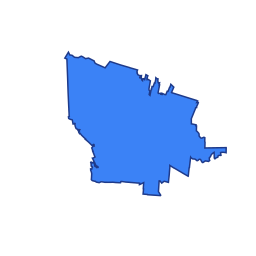 Suseni, Arges, Romania, rotated 127°
{"feature_id": "2599482B85414360920749", "entity_name": "Suseni", "entity_type": "district", "adm_level": 2, "iso_a3": "ROU", "parent_name": "Romania", "parent_adm1": "Arges", "projection": "mercator", "projection_center": [24.957, 44.701], "detail": "fine", "context": "isolated", "style": "filled", "palette": "blue", "viewbox_px": 256, "rotation_deg": 127, "n_neighbors": 0, "source": "geoboundaries", "source_scale": "gbopen_adm2", "svg_char_len": 5227}
<svg xmlns="http://www.w3.org/2000/svg" viewBox="0 0 256 256"><g transform="rotate(127 128 128)"><path d="M106.3,43.8L106.2,43.5L105.6,43.4L105.0,43.3L104.8,43.2L104.3,43.9L104.0,44.2L102.9,45.1L102.5,45.0L102.1,45.0L101.3,44.9L101.2,44.9L101.0,45.0L100.9,45.0L100.6,45.1L99.7,45.3L99.2,45.4L98.8,45.4L98.2,45.3L96.7,45.0L96.3,44.9L96.1,44.8L95.8,44.7L95.6,44.6L99.1,41.8L100.1,41.0L100.3,40.0L99.7,39.9L99.2,39.8L98.8,39.7L98.6,39.5L98.5,39.4L98.3,39.3L98.1,39.2L97.8,39.0L97.1,38.7L96.0,39.3L95.5,39.1L95.3,39.0L94.8,38.6L94.5,37.9L93.9,37.3L92.9,38.3L92.4,38.8L91.9,39.3L91.4,38.9L90.8,38.3L90.7,38.2L90.5,37.8L90.1,37.4L89.6,36.5L89.5,36.3L89.4,36.2L89.2,35.7L88.8,35.1L88.7,34.8L86.2,36.6L84.7,37.7L84.6,37.8L97.7,54.6L92.9,58.0L92.7,58.5L89.5,60.8L89.7,61.8L91.7,63.0L92.2,64.0L91.6,66.4L90.4,67.3L89.7,68.1L89.2,70.4L89.1,71.7L85.1,74.5L85.4,75.2L84.5,75.6L86.5,79.9L82.5,83.0L73.1,85.5L72.0,85.8L71.4,86.1L71.0,86.2L70.4,85.5L69.2,86.2L68.9,86.3L67.5,86.5L66.8,86.7L65.4,87.1L65.4,87.4L65.9,88.0L66.3,88.4L64.5,88.6L64.7,89.8L66.9,95.9L73.5,114.4L73.5,114.6L67.8,116.0L67.3,120.1L70.1,119.0L70.4,119.3L73.5,118.4L74.6,118.1L75.0,118.8L78.6,117.9L79.1,118.6L79.7,121.2L80.6,120.8L81.0,121.4L81.3,122.1L80.3,122.5L81.5,123.8L82.0,124.3L81.9,125.1L74.6,128.7L74.9,129.1L72.9,130.0L73.6,130.6L73.4,130.8L73.6,131.2L72.2,132.7L70.7,133.6L71.2,134.8L71.1,136.0L72.9,134.9L76.0,133.5L76.2,134.0L79.8,132.8L80.4,133.8L82.9,132.5L83.0,132.8L88.7,130.1L88.6,131.2L85.2,132.8L85.1,133.9L84.2,134.8L76.9,138.5L77.0,141.0L77.9,141.9L76.5,142.7L76.6,142.9L74.3,143.6L74.6,145.8L79.2,143.9L78.9,144.9L79.6,145.6L80.1,145.3L80.4,145.5L81.4,144.9L81.3,145.9L80.1,147.2L80.8,148.8L80.5,149.1L79.5,148.7L79.1,148.2L78.0,148.8L79.2,150.2L79.5,152.4L78.5,153.7L78.6,153.9L77.9,154.3L77.8,154.7L75.9,155.3L78.8,162.9L78.8,163.1L82.2,172.1L85.7,182.4L93.7,182.5L95.9,191.8L95.9,192.0L95.9,193.8L94.8,195.4L95.9,201.6L98.2,203.7L98.2,204.3L98.4,207.2L98.8,208.6L101.7,210.0L103.7,213.2L103.6,216.4L104.7,218.5L103.3,221.2L110.2,220.5L109.7,218.3L124.3,206.4L135.7,197.2L147.2,187.7L148.1,186.9L148.9,186.3L149.6,185.7L152.1,183.6L153.3,182.7L154.0,181.9L154.5,182.1L155.0,182.3L155.7,181.4L156.1,181.1L156.0,180.6L155.9,179.6L155.6,178.7L155.1,177.8L155.1,177.4L155.2,177.2L157.9,174.3L157.4,173.7L156.3,173.3L156.3,173.0L156.8,172.9L158.3,171.3L158.8,170.6L159.5,169.5L159.7,168.8L159.7,168.7L159.4,167.8L160.1,166.2L158.8,166.3L158.6,165.9L158.4,165.5L159.8,165.4L159.8,164.9L161.1,164.7L161.7,163.2L161.1,163.0L161.7,160.7L162.1,157.5L162.3,155.3L162.7,155.4L162.8,153.6L163.0,150.9L163.6,146.3L162.0,145.7L161.7,145.5L161.8,145.0L162.1,144.9L162.7,144.2L163.0,144.7L163.3,144.8L164.1,144.9L164.7,144.9L165.3,144.9L165.7,145.0L166.4,143.9L167.6,142.0L167.8,142.2L169.3,139.7L170.7,137.5L171.0,136.9L172.7,137.6L173.5,138.3L174.4,136.5L174.6,136.1L175.2,134.9L175.9,133.4L176.6,132.3L177.3,131.0L177.1,129.6L177.0,129.0L177.0,128.7L177.4,128.3L177.5,128.5L178.0,128.7L178.1,128.8L178.4,129.0L178.5,129.3L178.3,129.7L178.3,130.3L178.4,130.8L178.5,131.5L178.4,131.8L178.2,131.9L177.9,132.2L177.8,132.3L177.6,132.3L177.5,132.2L177.4,132.3L177.3,132.5L177.2,132.7L177.2,132.9L176.9,133.5L176.7,133.7L176.6,133.9L176.3,134.4L176.2,134.8L176.3,135.1L176.6,135.2L177.0,135.2L177.2,135.3L177.4,135.5L177.2,135.9L177.2,136.1L177.4,137.0L177.8,137.1L178.1,137.0L178.5,136.1L179.4,135.5L179.6,135.1L179.8,135.0L180.1,134.9L180.5,134.6L180.6,134.4L180.6,134.2L180.4,133.9L180.4,133.4L180.7,132.9L181.0,132.7L181.5,132.8L182.0,132.5L182.3,132.4L182.7,132.2L182.8,132.3L183.0,132.5L183.2,133.2L184.2,132.4L185.2,130.8L186.3,129.5L189.7,127.2L191.3,126.2L191.5,125.1L191.5,124.7L191.1,124.0L190.9,123.2L190.2,121.9L190.3,121.3L190.3,120.8L189.0,118.1L187.2,117.2L186.6,116.3L185.9,115.0L185.3,113.8L185.0,113.4L184.6,112.9L184.1,112.2L182.7,110.3L182.5,110.1L182.3,109.8L181.6,108.9L180.5,107.6L178.9,104.9L178.4,104.2L178.2,103.9L177.4,102.7L176.3,101.1L176.1,101.0L175.2,101.5L174.9,101.4L174.5,100.9L174.3,100.5L173.9,99.8L173.8,99.6L172.8,97.8L172.6,97.4L171.7,96.0L170.6,94.3L170.3,93.8L170.1,93.5L169.8,92.9L169.5,92.5L169.1,91.9L168.8,91.4L168.7,91.2L167.9,90.0L167.8,89.8L167.7,89.7L166.5,87.7L165.6,86.4L165.1,85.5L166.4,84.8L166.3,84.7L165.1,84.1L163.7,83.4L162.2,82.6L167.4,79.2L167.3,78.9L171.7,76.2L169.4,72.5L169.5,72.2L162.2,61.0L162.2,60.9L160.5,65.4L151.5,71.3L151.0,70.8L151.4,69.1L151.7,67.9L148.8,67.1L148.6,66.7L147.1,63.0L140.6,66.9L136.2,69.7L134.4,70.8L132.7,72.1L132.4,68.2L132.3,67.1L132.2,67.0L132.0,65.1L131.9,64.6L131.8,63.7L131.8,63.4L131.7,62.9L131.6,61.6L131.5,61.0L131.3,59.4L131.3,59.1L131.2,58.6L131.1,57.3L130.4,51.6L130.3,50.9L130.2,50.9L127.4,52.6L125.2,53.9L123.0,55.2L122.7,55.1L120.7,56.3L120.0,56.7L115.0,59.6L113.6,60.4L113.8,59.8L113.8,59.1L113.8,58.5L113.8,57.8L113.6,57.5L113.3,57.0L112.8,56.3L112.6,55.8L112.5,55.4L112.5,54.9L112.5,54.4L112.7,53.8L112.6,53.6L112.6,53.4L112.4,53.0L112.1,52.8L111.7,52.6L111.1,52.5L110.4,52.4L110.1,52.2L109.8,51.9L109.6,51.5L109.6,51.0L109.7,50.6L110.1,49.8L110.5,48.9L110.7,48.3L110.8,47.8L110.5,47.4L110.0,47.2L109.1,46.9L108.2,46.6L107.8,46.5L107.7,46.2L107.3,45.6L106.9,44.9L106.5,44.1L106.4,43.9L106.3,43.8Z" fill="#3b82f6" stroke="#1e3a8a" stroke-width="1.5"/></g></svg>